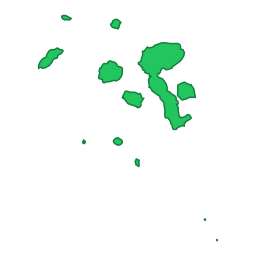 Galápagos, Robinson projection, rotated 180°
{"feature_id": "ECU-1270", "entity_name": "Galápagos", "entity_type": "Province", "adm_level": 1, "iso_a3": "ECU", "parent_name": "Ecuador", "parent_adm1": "", "projection": "robinson", "projection_center": [-90.747, 0.131], "detail": "fine", "context": "isolated", "style": "filled", "palette": "green", "viewbox_px": 256, "rotation_deg": 180, "n_neighbors": 0, "source": "natural_earth", "source_scale": "10m", "svg_char_len": 5422}
<svg xmlns="http://www.w3.org/2000/svg" viewBox="0 0 256 256"><g transform="rotate(180 128 128)"><path d="M116.4,191.3L117.0,191.7L117.4,191.7L117.6,191.9L117.7,193.1L117.4,193.5L115.8,194.2L115.3,194.6L113.2,201.8L113.5,203.6L113.4,204.9L112.0,204.4L111.2,205.7L109.5,207.8L108.8,208.9L107.7,208.4L106.6,208.3L104.6,208.4L103.3,208.8L101.3,210.6L93.8,213.3L92.4,213.0L91.4,213.3L85.5,212.4L78.2,212.5L76.9,212.0L75.9,210.9L75.6,210.2L75.5,209.4L75.5,207.7L75.3,206.8L74.7,206.6L73.9,206.6L73.2,206.4L71.6,203.5L72.2,200.2L74.0,197.0L75.9,194.8L83.5,189.3L83.8,188.7L83.8,188.2L84.0,187.9L85.0,187.7L86.7,187.0L89.0,186.3L89.7,186.3L90.4,186.5L90.8,186.8L91.1,187.1L91.5,187.3L92.6,187.8L93.3,187.8L93.9,187.5L94.3,187.1L94.9,186.0L95.3,185.8L95.3,185.0L95.9,183.5L96.8,182.3L97.7,182.8L98.5,181.5L98.6,180.4L98.1,179.5L97.3,178.7L96.4,178.2L94.5,177.6L93.7,177.2L92.2,175.6L90.6,173.3L89.4,170.6L88.8,168.2L88.9,166.0L88.7,165.3L87.9,164.6L87.4,164.4L86.5,164.3L86.1,164.1L85.9,163.8L85.3,162.6L81.3,160.2L79.8,158.4L79.9,156.0L78.6,155.2L77.8,153.6L77.9,152.0L79.5,151.5L78.3,149.6L77.8,148.5L77.7,147.3L77.7,144.7L77.6,144.1L77.3,142.9L77.3,142.2L76.7,139.8L75.3,138.5L73.3,138.5L71.0,139.4L68.8,141.2L67.6,141.5L66.3,140.7L65.0,138.7L64.8,138.2L65.0,137.5L65.3,137.2L65.8,137.0L70.2,134.2L71.4,132.8L71.9,129.9L73.5,130.4L74.8,130.0L76.0,129.3L78.1,128.7L78.6,128.1L79.0,127.4L79.5,126.8L80.2,126.6L81.5,126.6L82.1,126.4L83.2,127.4L83.7,129.1L83.9,130.7L84.2,131.4L85.0,132.1L85.8,135.2L86.3,135.9L86.8,136.2L87.7,137.6L88.1,137.9L89.5,138.0L90.2,138.2L90.6,138.4L91.1,139.7L91.2,141.5L91.0,145.0L92.2,153.2L92.9,154.4L95.6,157.2L95.9,157.5L95.9,158.0L95.9,158.8L96.1,159.7L96.6,160.0L97.0,160.1L97.2,160.3L103.9,165.1L104.3,165.9L104.5,166.6L104.9,167.2L105.7,168.2L106.0,168.4L107.0,168.7L107.1,169.1L106.9,169.5L106.7,169.9L106.6,170.1L107.2,172.9L107.5,176.0L107.1,177.4L105.4,179.1L104.8,180.2L106.3,179.1L106.7,179.8L106.7,181.1L107.0,182.3L109.8,182.8L111.1,183.6L111.0,185.3L111.9,185.4L112.7,185.8L113.3,186.5L113.7,187.3L113.3,188.3L114.2,188.7L116.4,191.3ZM156.6,177.2L157.4,178.0L157.2,179.7L156.4,182.8L156.4,183.6L156.8,184.7L156.9,185.5L156.7,185.7L156.2,187.4L156.2,187.7L155.1,188.2L154.3,189.4L153.6,190.7L152.8,191.8L152.2,192.3L151.9,192.4L148.7,192.3L148.4,192.6L148.1,194.0L147.2,194.7L146.1,195.0L144.9,194.8L142.6,194.0L141.2,193.7L140.8,193.3L140.5,193.0L140.2,192.8L139.7,192.3L138.3,190.0L137.7,189.3L136.8,189.4L135.6,189.1L134.4,188.5L133.7,187.7L133.6,186.8L133.7,183.2L134.1,181.3L134.8,179.5L135.8,178.0L136.8,176.7L137.4,176.3L139.2,175.4L139.9,175.2L140.7,175.2L142.1,175.6L142.6,175.7L143.2,175.5L144.0,174.9L144.4,174.7L150.5,173.9L151.9,173.1L152.3,173.3L152.7,173.5L153.1,173.9L153.3,174.2L153.5,174.9L153.4,175.7L153.5,176.4L154.0,176.7L154.6,176.8L155.9,177.1L156.6,177.2ZM78.2,170.9L77.5,171.3L73.0,173.4L71.9,173.7L71.2,173.7L70.6,173.5L69.3,172.4L68.1,172.1L66.1,171.2L65.8,171.1L65.1,171.2L64.8,171.2L64.5,170.9L64.5,170.7L64.5,170.4L64.4,170.1L63.3,168.8L62.4,167.3L61.9,165.7L61.4,162.3L60.6,159.5L60.8,158.6L66.5,158.8L68.9,157.4L71.9,156.6L73.4,156.0L73.8,156.1L74.6,156.6L76.9,159.2L77.5,159.6L78.3,160.3L78.4,161.8L78.2,164.6L78.2,170.9ZM214.0,188.0L214.8,188.6L215.6,188.6L216.5,188.2L217.3,187.7L217.4,190.5L216.2,193.5L214.4,196.1L212.4,197.9L210.1,198.6L209.8,199.1L209.7,199.8L208.9,201.9L207.6,204.2L206.7,205.2L205.8,205.9L204.7,206.3L203.8,206.4L201.5,206.4L200.9,206.6L199.5,207.7L198.6,207.9L198.0,207.7L196.6,206.7L196.0,206.4L193.7,206.0L193.1,205.7L193.0,205.0L193.4,204.2L194.2,203.1L194.7,202.5L197.3,201.2L198.2,200.4L198.9,197.9L199.5,197.8L202.2,197.0L203.0,196.2L204.0,193.8L204.6,193.0L206.3,191.2L206.6,190.5L207.2,190.1L209.5,189.1L210.2,188.3L211.2,188.3L213.2,187.7L214.0,188.0ZM132.4,158.6L133.3,159.2L132.9,160.5L131.5,162.9L131.0,164.4L129.8,164.8L128.4,164.6L125.6,163.7L121.1,163.7L119.8,163.2L118.6,162.4L117.4,161.9L116.0,162.6L115.1,161.4L114.7,159.5L114.0,157.9L112.4,157.6L115.1,153.3L115.3,152.3L114.9,151.0L115.4,149.7L116.5,148.8L117.7,148.5L118.2,148.9L118.4,148.9L118.6,148.5L119.9,149.5L124.3,151.2L125.9,151.5L128.0,152.4L131.4,156.7L133.3,158.1L133.0,158.2L132.8,158.3L132.4,158.6ZM144.4,229.8L144.5,230.0L144.8,230.3L145.1,230.6L145.3,231.1L145.3,231.6L145.1,231.9L144.9,232.1L144.9,232.3L144.7,232.6L143.8,232.9L143.5,233.1L143.5,233.4L143.6,234.3L143.5,234.6L143.2,235.1L141.0,236.5L140.6,236.7L138.2,236.3L137.3,235.5L136.4,234.5L135.1,233.6L135.7,232.8L136.2,231.9L136.6,230.8L137.1,228.6L137.7,227.5L138.5,227.1L139.1,228.1L140.3,227.7L142.1,228.1L143.7,228.9L144.4,229.8ZM135.7,116.8L135.1,116.6L134.5,116.0L134.0,115.3L133.7,114.8L133.9,113.1L134.9,111.9L136.3,111.1L137.7,110.8L139.2,111.3L140.8,112.2L142.0,113.3L142.6,114.8L142.2,115.9L141.0,117.1L139.6,118.0L138.2,118.3L137.4,118.0L136.6,117.0L135.7,116.8ZM191.0,236.1L192.8,236.8L194.1,238.3L194.2,239.9L192.2,240.6L190.1,240.3L184.8,237.6L186.2,236.1L187.2,236.3L190.2,236.3L191.0,236.1ZM117.3,89.6L120.0,91.3L120.8,94.6L119.7,97.0L116.8,95.7L117.3,94.1L116.8,91.0L117.3,89.6ZM171.9,112.5L172.2,112.4L172.8,112.5L173.2,113.6L173.1,114.8L172.7,115.3L172.7,114.5L172.2,114.3L171.5,114.6L171.5,115.2L171.0,114.9L170.7,113.9L171.0,113.1L171.9,112.5ZM51.0,35.8L51.3,35.9L51.6,36.5L51.5,36.8L51.1,37.1L50.8,36.9L50.6,36.5L50.6,36.1L51.0,35.8ZM38.6,15.8L38.9,15.4L39.3,15.7L39.3,16.3L38.9,16.4L38.6,15.8Z" fill="#22c55e" stroke="#15803d" stroke-width="1.5"/></g></svg>